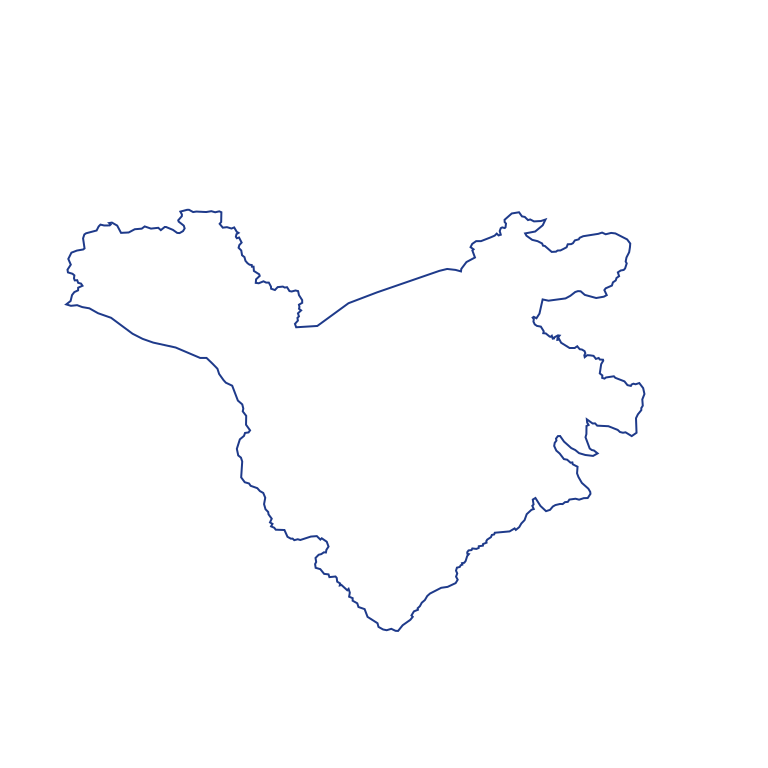 Makhoarane, Maseru, Lesotho, rotated 72°
{"feature_id": "5366337B32255205566264", "entity_name": "Makhoarane", "entity_type": "district", "adm_level": 2, "iso_a3": "LSO", "parent_name": "Lesotho", "parent_adm1": "Maseru", "projection": "robinson", "projection_center": [27.527, -29.591], "detail": "fine", "context": "isolated", "style": "outline", "palette": "blue", "viewbox_px": 768, "rotation_deg": 72, "n_neighbors": 0, "source": "geoboundaries", "source_scale": "gbopen_adm2", "svg_char_len": 6153}
<svg xmlns="http://www.w3.org/2000/svg" viewBox="0 0 768 768"><g transform="rotate(72 384 384)"><path d="M210.1,661.6L212.9,657.6L214.2,651.5L217.6,647.2L221.0,640.8L228.3,634.1L236.7,623.1L258.5,607.6L266.5,599.6L273.3,590.7L284.9,570.9L302.4,550.8L304.4,544.7L311.9,540.7L318.0,537.7L323.5,537.7L330.8,535.4L333.9,534.0L338.7,528.9L354.6,528.1L359.6,525.1L363.9,525.4L366.4,526.8L371.7,524.9L380.1,527.8L386.7,525.7L388.2,527.8L387.6,531.3L390.1,533.2L392.1,538.2L400.2,544.0L406.9,544.7L409.8,542.8L413.9,542.8L428.7,548.7L434.4,546.8L436.9,543.1L439.6,542.3L443.9,536.7L447.5,535.1L450.3,532.5L455.5,532.1L461.2,535.2L466.5,535.4L469.9,533.7L472.3,534.1L477.4,532.4L480.4,535.2L482.6,533.3L484.5,535.4L486.8,532.8L489.1,532.0L492.1,523.8L499.5,523.0L502.3,520.4L502.8,518.7L504.8,517.6L505.0,514.0L506.5,511.8L506.5,500.7L507.9,494.9L512.3,492.6L511.5,490.9L516.3,487.2L521.5,487.0L523.9,490.0L526.3,491.3L525.5,493.2L526.4,496.2L526.2,498.9L528.3,502.9L532.3,503.5L534.0,505.2L537.7,505.8L540.4,501.8L546.1,499.6L547.9,495.6L550.8,495.6L552.1,489.6L553.8,488.9L557.5,489.6L560.1,487.4L561.9,488.3L561.9,486.6L568.8,482.7L567.9,481.0L571.9,481.0L575.5,482.9L578.0,480.0L580.4,480.8L584.3,477.2L588.2,477.2L592.1,472.0L600.4,471.6L609.5,464.1L613.3,464.3L617.2,460.7L619.0,457.5L619.1,452.7L622.3,449.3L623.2,446.9L619.2,440.8L616.4,431.8L614.3,428.6L612.6,429.4L609.5,425.8L609.2,421.5L607.7,421.3L606.4,418.5L603.7,415.7L602.1,411.9L599.0,408.4L597.5,405.0L595.5,392.6L596.6,386.2L595.5,377.4L592.9,374.4L589.5,375.0L586.8,372.9L583.8,373.2L581.2,371.4L581.4,368.5L580.1,367.1L580.0,365.3L578.5,365.2L578.8,362.9L577.6,361.1L573.4,358.1L572.0,355.9L571.2,357.2L569.7,356.8L568.4,355.0L569.0,352.1L567.7,350.8L569.4,347.1L569.2,344.6L567.6,344.0L568.3,339.9L566.8,339.2L566.6,335.5L565.1,335.3L563.9,333.9L562.7,329.6L560.9,328.1L561.1,325.7L559.7,324.6L563.0,310.1L561.7,304.4L563.5,303.7L561.9,299.6L559.1,296.5L556.9,292.4L551.9,288.5L549.2,282.6L549.2,280.2L545.7,280.6L544.8,279.0L539.9,278.2L539.2,275.2L548.3,272.9L555.0,269.2L555.0,265.0L552.7,261.3L552.1,258.4L552.5,253.6L553.4,251.2L552.3,248.4L552.9,245.6L551.2,243.4L552.3,237.3L554.3,234.2L554.3,229.3L555.4,225.5L552.3,221.6L550.3,221.2L546.7,222.0L539.2,226.4L532.6,227.8L528.6,228.0L522.5,225.5L518.7,229.3L516.8,229.1L516.5,230.9L512.6,233.2L511.0,236.1L504.4,238.4L500.6,240.7L495.5,241.3L492.7,239.8L491.1,237.5L489.1,237.3L487.3,234.7L487.9,232.6L494.4,230.6L502.8,225.7L505.9,222.5L510.0,219.9L513.7,214.5L517.0,207.4L516.0,202.3L512.1,204.9L511.0,206.8L508.9,208.3L496.9,208.8L494.2,207.0L486.5,204.4L486.2,202.1L483.5,202.7L480.3,202.0L486.0,197.8L486.7,195.4L489.5,194.1L493.5,183.6L499.9,175.9L502.6,174.4L504.2,171.8L504.6,169.2L510.1,164.5L508.4,158.9L494.4,154.9L491.3,151.9L488.4,147.4L486.4,146.7L484.6,144.6L478.5,143.1L474.0,139.4L468.0,138.8L462.0,140.9L462.0,144.8L460.8,146.7L461.0,148.7L462.1,149.8L460.3,152.8L455.8,154.5L449.6,162.1L447.7,163.0L446.4,170.8L447.0,172.6L445.6,174.6L443.3,173.7L440.6,175.5L432.2,171.3L429.6,168.3L428.6,168.2L427.4,171.2L425.6,171.8L425.6,174.7L422.0,176.0L420.5,179.0L419.4,181.8L420.5,184.8L418.6,184.6L416.9,183.0L414.7,183.1L412.4,185.1L411.4,187.1L407.8,188.6L408.7,191.5L407.1,196.4L399.5,202.8L395.0,203.6L395.8,204.3L395.6,205.5L394.0,204.8L392.2,202.1L391.5,203.5L392.3,207.7L393.2,208.2L393.0,209.5L390.0,209.5L390.6,210.9L390.1,211.8L385.9,214.5L384.9,216.8L383.2,215.8L377.9,217.1L376.0,220.6L373.9,222.2L370.9,222.6L368.6,221.5L366.8,222.1L366.4,220.8L368.6,218.7L365.1,214.4L352.6,207.0L355.6,201.8L358.7,184.9L357.7,179.5L355.6,173.7L355.6,170.8L356.6,168.3L361.3,165.5L367.8,155.6L368.9,147.9L368.3,144.7L362.8,145.4L361.5,143.6L360.8,136.8L358.1,134.9L357.1,131.6L355.0,130.1L354.1,127.1L350.1,127.1L349.2,123.8L349.6,120.8L348.6,119.0L344.3,115.9L342.2,116.3L338.6,114.3L334.4,110.1L330.1,107.9L326.5,106.4L321.6,108.1L312.3,117.4L310.5,121.3L310.1,126.9L307.4,129.8L307.4,133.8L305.0,148.9L305.4,152.7L306.6,154.1L306.4,158.1L308.5,160.8L308.8,162.8L307.9,166.1L310.4,168.1L311.0,171.6L311.5,174.9L310.7,177.7L311.3,179.5L310.2,183.7L302.4,188.4L301.6,190.0L299.2,190.2L295.6,193.8L292.7,198.5L287.0,202.7L284.4,203.2L285.7,193.1L282.1,184.0L277.5,179.6L277.5,184.4L275.7,191.1L272.7,194.1L272.6,196.4L268.6,198.5L267.2,201.0L262.4,202.5L261.3,209.8L265.1,218.6L267.3,219.2L269.1,218.4L272.5,220.0L273.0,221.0L271.6,223.2L271.9,224.8L274.3,226.7L278.1,226.8L278.1,229.1L275.8,230.3L277.1,232.9L277.5,237.1L278.1,247.6L276.6,252.2L278.0,256.8L280.6,259.4L283.6,257.2L284.3,258.7L291.8,258.4L293.5,267.9L298.4,274.9L300.7,276.0L297.6,280.7L294.1,288.4L293.5,296.4L294.7,362.4L296.2,392.8L308.2,429.5L302.9,450.0L299.3,450.1L297.1,446.3L294.4,445.9L293.4,444.0L290.2,444.0L288.4,440.1L286.2,441.6L284.6,440.6L282.3,440.4L281.5,436.7L278.9,435.9L273.2,437.4L269.1,437.0L267.7,439.3L267.5,443.2L266.4,445.2L262.0,446.3L261.6,448.6L260.1,450.1L259.0,455.2L260.9,458.7L258.5,461.9L256.4,461.4L252.0,462.2L251.1,464.8L249.1,466.9L249.5,472.0L248.2,474.7L244.9,473.3L242.8,468.8L241.1,468.8L236.3,472.8L232.1,471.8L231.6,473.4L230.0,473.0L229.0,475.0L226.9,476.5L224.0,477.7L220.2,477.5L217.7,479.2L212.9,478.5L209.5,480.2L207.2,478.7L205.5,475.7L199.9,476.6L199.9,478.9L198.2,479.4L195.9,478.0L195.3,475.7L193.8,477.0L188.8,478.1L189.0,481.0L186.3,484.9L185.5,489.0L180.9,490.8L179.6,488.8L170.4,485.6L168.9,487.3L168.5,491.5L166.3,494.8L165.5,500.0L162.0,509.2L161.5,512.4L158.1,515.6L157.5,517.3L157.1,524.4L160.3,523.8L161.9,524.4L164.7,529.1L166.1,529.1L171.5,525.5L174.4,525.5L176.5,527.9L177.3,531.8L176.4,534.0L172.2,537.1L167.3,542.8L166.9,544.0L168.7,548.7L165.7,550.4L164.2,557.6L160.2,562.9L161.4,566.4L159.8,573.2L161.0,580.0L159.0,587.4L150.9,588.8L146.4,592.9L146.0,595.6L147.8,594.6L148.4,595.9L146.8,601.1L144.8,604.4L146.0,606.7L149.2,609.9L148.6,620.8L149.2,622.8L152.5,625.2L162.5,626.9L163.1,628.5L162.2,634.8L162.5,640.7L167.5,645.6L173.7,645.0L177.5,649.7L180.2,650.1L182.9,646.2L185.0,644.9L187.7,646.2L189.9,646.1L190.5,643.7L193.3,643.6L194.9,641.1L197.4,640.4L197.9,645.1L200.4,646.0L200.9,650.1L203.0,653.2L208.2,656.4L210.1,661.6Z" fill="none" stroke="#1e3a8a" stroke-width="2"/></g></svg>